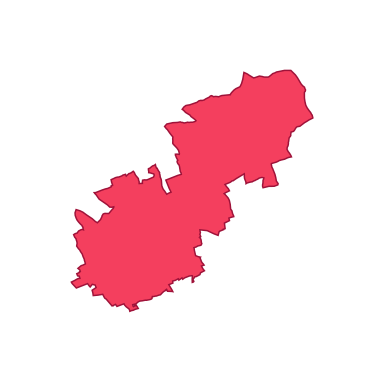 outline of Temozón, Yucatán, Mexico, rotated 331°
{"feature_id": "50627088B86560413355092", "entity_name": "Temozón", "entity_type": "district", "adm_level": 2, "iso_a3": "MEX", "parent_name": "Mexico", "parent_adm1": "Yucatán", "projection": "albers", "projection_center": [-88.068, 20.894], "detail": "fine", "context": "isolated", "style": "filled", "palette": "rose", "viewbox_px": 384, "rotation_deg": 331, "n_neighbors": 0, "source": "geoboundaries", "source_scale": "gbopen_adm2", "svg_char_len": 6066}
<svg xmlns="http://www.w3.org/2000/svg" viewBox="0 0 384 384"><g transform="rotate(331 192 192)"><path d="M56.9,225.7L60.0,224.4L62.2,226.5L61.8,229.1L57.0,229.5L56.4,232.1L55.4,234.7L59.8,236.6L64.3,238.2L64.2,242.3L64.5,243.2L65.0,243.9L66.8,252.8L67.3,252.8L67.7,253.3L68.9,253.1L70.6,253.2L70.9,255.7L78.3,256.8L78.2,258.0L78.8,260.5L80.2,263.7L80.2,264.8L79.8,266.2L81.6,266.4L83.1,266.9L85.6,267.1L88.5,267.8L88.5,266.0L88.3,264.0L87.1,264.0L87.1,263.5L85.7,263.9L85.2,263.9L85.1,263.3L85.5,261.8L89.0,262.7L90.9,262.1L93.2,262.0L95.9,263.1L98.7,264.0L99.7,264.6L102.7,265.6L104.1,265.9L105.3,265.8L105.6,265.3L106.7,264.2L107.4,264.7L109.8,265.4L110.3,265.7L112.8,266.1L114.6,266.6L116.7,265.9L119.0,265.3L121.4,265.3L121.4,264.9L122.6,264.8L122.4,266.9L126.0,269.1L126.9,269.8L127.0,267.9L126.8,261.8L131.1,262.4L131.9,260.5L134.6,261.2L137.9,261.2L137.8,262.7L141.6,262.3L141.6,263.8L144.0,263.5L147.6,264.0L149.0,264.2L151.5,265.2L151.7,265.5L149.9,268.3L148.4,271.2L149.3,271.4L150.2,271.2L150.6,268.5L151.8,268.4L153.1,267.5L154.6,268.0L156.6,268.1L157.7,268.0L158.5,268.2L159.0,268.0L160.1,266.9L160.5,266.8L164.7,266.9L164.3,264.2L164.4,261.3L167.1,261.8L167.0,260.5L166.6,258.9L166.5,257.6L167.2,253.1L167.7,253.0L166.1,251.6L164.3,249.4L165.8,244.1L166.4,242.7L166.7,241.6L169.1,242.1L170.8,242.0L173.9,242.9L174.3,242.8L175.5,242.0L175.6,241.7L175.8,240.4L176.2,239.7L176.8,237.9L176.9,236.7L176.7,236.0L176.9,236.1L177.3,235.0L178.0,235.2L178.4,233.0L178.3,232.8L179.6,231.7L179.8,231.1L179.9,230.4L180.6,228.9L186.6,233.2L191.1,239.4L193.8,242.6L196.3,240.0L197.1,239.7L201.3,240.2L201.3,239.8L203.2,240.1L205.3,234.9L210.9,235.2L211.6,232.7L214.4,233.2L216.6,233.8L216.8,233.2L217.0,230.7L217.8,227.7L217.5,225.7L219.4,221.4L220.6,217.4L220.7,214.7L219.8,210.5L219.3,209.0L221.3,208.9L225.3,209.1L225.4,207.3L225.3,206.3L224.8,204.0L224.5,201.4L229.7,202.0L230.7,202.0L232.6,201.7L233.3,202.1L237.4,201.7L246.5,201.4L245.9,202.8L245.4,203.5L244.5,205.7L244.0,209.3L243.3,210.9L244.4,210.8L247.5,211.5L249.7,212.3L251.3,212.2L252.6,212.5L253.4,212.4L255.7,212.6L257.3,212.4L259.2,212.8L260.2,213.2L261.7,214.4L261.0,215.4L259.9,216.1L258.3,218.7L257.3,219.8L256.5,221.2L256.2,222.7L262.0,224.3L266.6,226.8L270.5,227.4L271.4,226.4L271.1,223.3L272.3,219.8L273.1,216.7L273.9,210.5L273.9,209.0L274.9,205.9L275.2,205.6L280.0,206.7L282.0,206.9L283.4,206.8L285.4,207.2L288.9,208.2L292.0,208.4L293.6,208.7L296.0,209.5L296.2,207.8L296.1,207.1L296.1,205.7L295.7,203.1L295.8,200.7L296.8,199.3L297.7,198.5L298.1,198.4L299.2,197.2L299.9,196.2L300.3,195.3L300.8,194.9L303.0,192.0L303.6,191.5L305.1,191.0L305.9,190.3L306.0,189.9L307.7,187.6L309.7,188.1L310.5,188.1L311.7,187.6L313.3,186.6L314.6,186.0L315.7,185.9L318.2,186.8L324.2,185.9L326.4,185.9L329.2,185.7L333.5,185.9L333.9,185.1L334.0,184.1L334.4,183.2L334.2,181.8L334.3,180.0L333.9,177.8L333.5,174.3L333.6,171.2L334.7,167.4L335.9,164.3L338.4,159.7L338.8,159.2L339.7,158.9L340.7,157.9L340.9,157.2L340.8,156.3L341.2,154.9L340.3,152.8L339.8,150.4L339.6,143.1L339.2,139.7L337.4,133.6L331.9,130.5L324.0,128.0L322.2,128.0L320.0,127.6L317.6,128.1L315.1,128.5L314.3,128.4L311.2,126.7L310.2,125.9L309.6,125.2L307.2,123.3L302.7,122.5L301.2,122.1L298.1,116.7L298.0,116.3L297.4,115.3L295.4,112.6L291.0,118.1L288.0,121.1L285.2,123.1L284.8,123.2L280.5,122.9L278.1,123.2L274.7,124.3L273.0,125.1L272.7,125.5L264.9,122.1L263.4,121.8L261.6,121.7L259.1,119.9L256.9,119.0L256.4,117.9L256.0,117.6L255.6,117.1L254.4,117.0L253.2,117.4L249.0,117.2L247.2,117.4L244.9,116.8L244.4,116.2L242.2,115.6L239.9,116.0L232.0,114.6L230.8,114.1L228.6,113.4L226.2,113.7L223.5,114.9L224.1,116.1L224.2,116.7L224.5,117.3L224.9,119.2L227.5,123.8L227.7,125.5L229.8,130.2L230.1,131.6L229.9,131.7L228.8,131.8L226.4,131.3L224.8,130.4L223.1,129.7L221.8,128.7L221.0,128.6L218.5,127.8L217.5,126.6L216.6,126.1L215.7,125.0L213.2,124.2L208.9,122.1L202.9,120.3L199.8,121.4L200.3,124.5L200.7,125.2L201.1,129.5L201.6,132.8L201.9,134.1L201.9,134.7L200.9,136.1L200.2,137.7L198.8,140.0L198.8,141.2L200.1,146.1L200.4,149.1L199.6,152.3L199.1,152.9L197.6,151.8L195.8,150.9L195.3,151.9L195.3,152.7L195.0,154.3L195.0,157.3L194.6,157.3L193.6,158.3L193.4,159.8L193.5,161.5L193.8,162.1L193.4,163.7L191.7,168.4L191.7,170.0L191.2,171.4L187.7,170.6L174.9,168.9L173.8,177.8L173.6,182.0L170.8,181.7L168.8,181.7L168.5,177.8L168.2,176.0L168.2,174.7L168.6,171.9L170.8,167.1L171.2,165.8L171.4,163.9L171.8,162.5L172.3,161.6L172.3,160.6L173.1,159.3L172.9,156.6L173.0,154.2L172.6,154.0L172.6,153.3L172.7,152.2L173.3,150.2L171.8,150.4L170.6,150.1L169.1,150.2L166.7,150.7L165.2,150.5L164.6,151.5L164.2,152.9L163.5,154.1L164.7,155.0L166.3,156.7L167.3,157.6L167.3,157.9L167.1,159.0L165.6,160.3L158.7,159.6L157.6,159.2L156.3,158.3L154.5,157.7L153.1,159.7L152.8,160.4L149.9,159.0L150.8,157.3L151.0,155.8L151.6,154.2L150.8,150.1L150.8,148.7L151.0,147.1L150.7,145.4L150.1,145.4L148.4,145.7L146.6,145.6L145.8,145.3L142.2,146.2L142.4,144.3L139.6,143.7L138.5,143.9L135.2,143.4L133.9,142.8L131.9,142.3L130.7,142.3L127.2,142.0L126.4,144.6L125.9,147.5L124.2,147.5L124.1,148.2L123.8,148.3L120.1,148.0L117.6,147.3L114.3,146.7L107.4,145.8L106.2,145.2L106.3,146.2L106.8,148.0L107.3,153.2L111.8,162.3L112.7,165.3L114.6,166.5L116.4,167.0L116.1,167.5L114.9,168.3L113.9,168.5L108.8,170.5L105.6,168.6L104.8,168.3L103.6,168.2L101.7,169.3L101.5,169.7L98.6,171.8L94.3,173.0L93.1,170.8L91.8,167.0L88.6,160.8L86.8,156.8L84.9,154.1L82.1,151.2L79.6,153.5L78.5,155.9L78.0,158.9L77.9,160.8L78.0,161.6L78.3,163.5L79.0,166.5L79.5,167.6L79.4,169.0L79.6,170.0L79.3,170.3L78.7,172.4L78.0,171.6L76.7,171.2L74.1,171.1L73.2,171.4L71.9,172.2L69.6,171.8L67.8,171.9L67.5,174.6L67.9,176.7L67.6,177.5L67.3,179.4L66.7,181.1L64.9,183.4L65.2,186.5L65.7,188.4L65.6,190.1L65.9,192.9L65.4,195.8L65.2,198.5L64.8,199.5L64.2,202.4L63.9,203.2L61.4,203.1L59.3,202.7L55.2,203.5L56.1,205.8L55.8,207.3L54.9,207.2L54.6,207.8L51.6,207.6L51.3,209.9L52.6,211.0L52.1,213.2L51.1,212.7L50.1,212.5L48.6,212.4L46.8,212.5L42.8,212.3L42.8,213.9L44.3,219.9L56.2,221.5L56.6,224.5L56.9,225.7Z" fill="#f43f5e" stroke="#9f1239" stroke-width="1.5"/></g></svg>